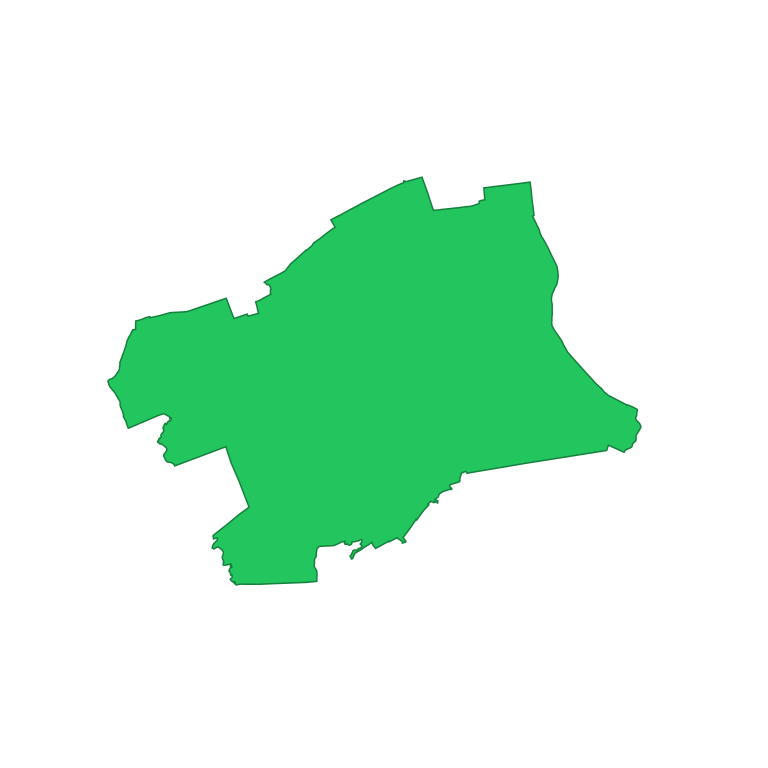 Rociu, Arges, Romania, rotated 210°
{"feature_id": "2599482B73415645943842", "entity_name": "Rociu", "entity_type": "district", "adm_level": 2, "iso_a3": "ROU", "parent_name": "Romania", "parent_adm1": "Arges", "projection": "orthographic", "projection_center": [25.019, 44.661], "detail": "fine", "context": "isolated", "style": "filled", "palette": "green", "viewbox_px": 768, "rotation_deg": 210, "n_neighbors": 0, "source": "geoboundaries", "source_scale": "gbopen_adm2", "svg_char_len": 6147}
<svg xmlns="http://www.w3.org/2000/svg" viewBox="0 0 768 768"><g transform="rotate(210 384 384)"><path d="M630.5,314.4L626.4,307.0L628.7,305.4L628.5,300.9L628.3,299.9L628.3,298.2L628.5,297.5L628.1,293.2L627.0,289.3L625.8,284.1L623.7,271.8L623.6,270.6L622.9,269.9L622.4,268.6L620.6,264.5L620.3,263.4L620.7,258.4L620.7,257.8L621.0,255.8L621.9,253.5L622.2,252.8L623.8,250.9L624.5,249.5L624.5,248.5L624.3,248.1L623.7,247.7L621.7,245.7L620.1,244.6L614.4,242.4L612.9,242.0L606.8,238.4L605.1,237.5L603.5,236.4L601.7,233.4L600.2,232.0L596.3,229.3L595.3,228.0L594.1,227.3L594.0,226.4L593.5,225.7L592.8,225.1L591.6,224.4L588.1,222.1L587.7,221.4L586.3,220.4L585.6,219.7L583.3,217.8L563.6,244.1L559.9,248.2L559.3,248.4L558.5,248.2L557.7,248.4L555.1,248.3L554.0,248.5L552.7,247.8L552.5,247.3L552.2,247.1L552.0,247.4L552.1,248.2L551.6,248.3L551.1,248.0L550.5,247.3L550.5,246.3L550.7,245.3L551.7,245.3L551.7,243.9L552.3,243.3L552.1,240.3L552.8,240.2L553.4,240.7L554.0,239.3L553.4,235.5L551.9,234.1L551.3,232.9L551.1,231.4L551.6,230.6L551.7,228.2L550.6,226.7L550.4,226.1L550.6,225.3L551.1,225.3L551.4,224.6L551.4,223.3L550.9,222.4L550.7,221.7L551.3,221.4L550.8,220.4L549.4,220.4L548.1,220.0L547.6,220.4L547.2,220.9L542.9,220.4L541.3,220.1L539.8,219.4L538.8,217.8L539.4,212.7L538.3,211.1L536.5,209.8L535.2,209.0L532.7,208.1L528.9,209.6L525.4,209.4L524.3,208.4L489.6,250.6L476.9,239.2L461.5,227.8L439.2,209.8L442.8,201.9L444.5,197.9L448.8,186.2L456.2,167.6L456.0,166.9L454.2,164.6L451.5,167.2L450.3,165.7L451.6,160.5L451.4,158.0L450.8,156.1L448.9,156.0L447.0,159.4L445.0,159.9L441.2,159.3L438.9,158.0L438.0,155.7L437.4,152.8L434.9,150.8L433.4,149.0L433.6,148.1L432.7,146.8L431.9,146.9L430.9,147.8L429.5,148.8L427.8,150.7L426.6,151.5L426.0,151.6L425.8,150.8L426.3,149.8L425.9,149.5L424.8,149.9L424.1,149.2L425.0,148.4L425.2,147.6L425.0,147.0L425.1,146.1L425.1,145.2L424.7,144.5L423.4,144.1L421.2,141.9L420.3,142.6L418.7,140.6L419.5,138.0L417.7,137.2L415.0,137.0L414.8,138.0L413.3,137.7L413.6,136.5L411.9,136.1L410.8,136.5L410.0,137.6L409.0,138.4L391.7,148.3L380.9,155.2L352.3,173.2L343.5,179.5L344.2,180.6L347.4,186.6L349.1,188.8L353.3,191.1L356.6,197.8L356.6,198.8L356.4,200.3L358.1,203.7L358.7,205.5L359.6,207.2L359.5,208.3L358.9,211.0L346.6,219.0L344.1,222.4L341.6,226.1L339.0,228.3L338.7,226.4L338.1,225.9L337.7,225.8L337.1,226.0L336.8,226.4L336.1,226.5L335.5,227.2L334.9,227.1L334.0,226.8L332.9,227.5L332.2,228.7L332.2,230.0L332.5,230.5L332.7,231.3L332.4,231.7L330.2,232.9L329.7,233.9L327.5,235.5L326.5,237.5L325.9,237.8L324.9,237.9L324.7,237.5L324.3,235.4L324.3,235.0L324.7,233.9L324.4,233.4L323.7,233.1L322.9,233.1L322.2,232.9L322.0,232.1L322.0,231.1L322.7,229.8L323.1,229.6L323.7,228.8L324.2,227.6L324.3,226.9L324.8,226.0L325.0,225.9L325.8,225.9L326.2,225.7L327.3,224.7L327.5,224.1L327.0,222.7L327.3,222.2L327.0,221.0L326.9,219.7L327.4,218.6L327.3,218.0L326.3,217.2L325.0,216.7L324.7,216.2L323.8,217.1L324.2,219.4L324.5,222.8L322.8,226.0L321.1,228.8L319.5,232.5L318.0,235.4L317.4,236.2L315.3,240.8L313.3,239.1L309.1,237.3L301.2,250.3L300.6,249.9L295.9,257.3L295.1,257.1L290.0,256.8L289.3,256.6L288.6,255.4L287.0,257.0L286.5,257.4L286.2,258.4L286.8,258.9L290.7,260.6L289.3,271.8L288.5,283.0L287.6,282.6L287.2,288.1L286.1,296.0L284.7,301.7L286.0,302.1L284.6,305.9L281.4,306.2L281.4,307.5L278.1,307.8L279.0,309.7L282.2,309.4L280.5,313.5L281.2,316.0L280.6,317.5L279.1,320.4L274.1,326.0L272.8,326.3L272.8,327.1L275.5,328.1L276.8,329.4L269.8,337.0L269.9,338.2L271.1,340.2L271.7,342.6L272.0,344.9L272.3,346.1L271.3,346.9L269.7,349.3L268.5,348.7L267.2,348.2L265.3,350.1L222.1,385.8L157.9,437.8L159.1,443.2L142.1,444.9L141.9,445.1L142.0,446.5L141.8,447.6L141.3,448.5L138.4,452.4L138.1,453.3L138.1,454.8L138.8,456.3L138.5,458.0L137.6,460.1L137.5,460.7L138.2,462.5L139.9,465.2L140.1,467.1L139.8,469.6L139.9,474.7L140.2,475.5L140.7,476.1L143.2,477.8L146.4,478.5L147.6,479.1L148.5,479.7L149.0,480.2L149.3,480.9L149.3,482.1L149.5,483.3L151.2,486.4L151.5,488.3L152.3,488.6L157.4,488.4L162.6,487.7L162.7,487.4L163.0,487.2L163.4,487.3L163.8,487.2L165.8,487.2L167.9,487.0L169.2,487.0L175.0,486.7L181.7,486.5L182.3,486.2L184.4,486.4L185.9,486.7L189.2,487.2L191.5,488.0L192.7,488.6L194.3,489.0L196.6,489.4L202.3,490.7L205.5,491.9L210.5,493.4L234.2,501.1L241.0,503.5L247.6,507.4L251.4,509.9L251.7,510.4L252.2,510.7L252.8,510.8L256.9,512.8L262.2,515.2L264.3,516.3L267.2,518.2L268.2,519.1L268.8,520.0L272.1,526.0L272.8,527.8L273.8,529.6L274.6,530.9L278.3,537.3L280.0,539.1L281.7,541.6L283.4,546.2L283.3,546.5L283.6,548.5L283.6,549.9L284.1,552.2L284.1,556.3L284.8,558.9L286.1,562.3L286.9,564.1L288.4,566.5L291.7,570.9L293.1,572.4L296.0,574.4L303.5,579.4L310.8,584.5L315.7,587.5L319.2,589.5L320.7,590.0L324.5,593.0L326.0,594.5L328.3,596.4L329.9,597.3L339.3,603.7L338.4,605.0L343.7,612.2L347.7,617.2L352.9,624.7L358.5,631.9L365.2,626.7L395.6,603.8L388.8,593.9L391.8,591.4L393.0,589.8L392.0,588.4L392.1,587.5L396.0,583.0L397.6,581.5L398.9,580.4L400.6,579.3L408.3,573.4L410.1,572.2L418.1,566.3L422.1,563.4L424.5,561.5L427.3,559.6L427.7,559.4L428.0,559.1L436.6,566.6L440.1,569.9L445.7,574.7L454.5,582.1L465.9,570.5L466.9,570.1L468.3,570.0L468.5,569.6L467.7,568.5L467.7,568.0L471.8,562.8L475.8,557.0L490.0,534.8L493.5,529.5L498.4,521.4L501.4,516.7L506.6,508.1L508.1,506.0L512.1,499.6L504.7,495.3L506.1,492.7L509.7,484.3L512.6,477.0L515.3,471.4L515.6,467.5L517.5,462.4L518.0,461.3L518.4,461.2L522.5,448.5L524.8,441.9L525.2,439.5L526.1,432.6L527.3,430.6L527.7,429.8L533.8,420.3L538.6,412.4L538.0,412.4L537.4,412.1L536.9,412.2L536.2,411.8L535.5,411.7L535.1,411.4L534.8,411.4L534.6,411.7L534.0,412.0L533.9,412.2L533.6,412.3L532.7,412.4L532.4,412.2L531.5,411.4L530.8,411.2L530.4,410.4L530.0,410.4L529.6,409.9L529.5,409.6L529.2,409.3L529.2,409.0L529.4,408.7L529.4,408.4L528.7,407.7L527.6,405.6L527.2,405.3L526.8,405.3L532.3,396.6L532.2,396.0L536.2,391.0L532.6,387.4L529.6,384.0L528.0,382.5L535.6,374.8L537.4,376.2L546.6,365.7L550.6,368.8L563.5,379.4L589.6,349.5L591.0,348.1L593.8,346.1L603.1,340.1L605.2,338.5L612.6,330.9L618.1,325.9L619.7,324.4L620.4,325.3L623.2,322.6L623.5,322.0L624.4,321.2L626.1,318.8L627.3,317.5L630.5,314.4Z" fill="#22c55e" stroke="#15803d" stroke-width="1.5"/></g></svg>